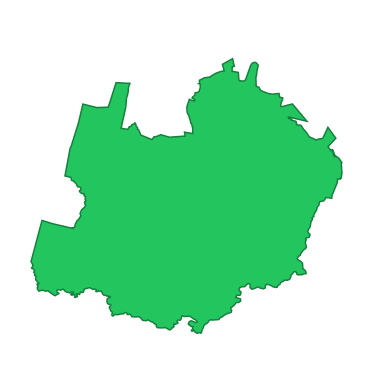 Cuerámaro, Guanajuato, Mexico (Robinson projection), rotated 102°
{"feature_id": "50627088B14851817270077", "entity_name": "Cuerámaro", "entity_type": "district", "adm_level": 2, "iso_a3": "MEX", "parent_name": "Mexico", "parent_adm1": "Guanajuato", "projection": "robinson", "projection_center": [-101.651, 20.615], "detail": "fine", "context": "isolated", "style": "filled", "palette": "green", "viewbox_px": 384, "rotation_deg": 102, "n_neighbors": 0, "source": "geoboundaries", "source_scale": "gbopen_adm2", "svg_char_len": 6001}
<svg xmlns="http://www.w3.org/2000/svg" viewBox="0 0 384 384"><g transform="rotate(102 192 192)"><path d="M53.1,180.0L60.8,188.8L66.8,185.7L68.1,188.9L70.7,193.1L75.0,197.9L75.6,197.9L77.7,203.6L81.2,208.0L83.7,207.2L84.6,208.0L84.7,206.5L88.2,205.6L91.9,206.0L93.0,206.5L94.3,209.5L96.4,209.4L98.5,210.5L98.9,211.2L99.5,211.4L100.1,211.4L100.7,209.3L101.5,208.2L102.6,208.9L101.9,213.9L109.4,214.7L111.6,214.4L115.5,213.1L116.6,212.3L117.1,211.5L123.9,207.8L124.4,207.8L126.4,206.0L128.3,205.3L128.3,204.8L134.7,203.5L135.0,211.8L138.7,210.3L143.1,225.5L142.4,234.4L145.1,238.3L145.9,240.6L149.1,242.1L146.9,253.9L142.4,257.0L142.2,258.2L140.8,258.4L138.6,260.6L136.5,261.6L136.3,262.2L137.6,262.9L137.9,263.9L139.0,265.0L140.1,265.1L141.2,266.4L141.2,266.9L144.1,267.9L144.4,274.6L123.2,274.4L113.3,275.6L110.7,275.2L106.4,275.3L104.1,275.8L101.0,275.8L99.6,275.2L98.5,275.5L99.0,277.2L100.8,289.0L126.4,291.5L129.2,302.7L128.7,317.0L147.8,317.4L172.4,319.7L174.4,320.3L202.7,319.6L202.9,313.6L205.7,312.2L205.8,310.4L208.2,306.6L209.7,305.9L210.5,305.0L210.7,304.5L210.5,302.5L211.0,301.5L213.0,301.3L214.3,302.3L215.0,302.1L216.1,300.2L216.4,298.8L216.1,297.4L216.3,297.0L217.0,297.1L218.5,296.3L218.9,295.2L219.9,294.9L221.4,295.1L222.9,294.0L224.0,294.9L225.9,294.3L227.1,293.2L229.6,294.2L232.4,296.3L236.1,297.0L236.8,296.8L238.4,295.7L243.3,297.7L243.4,298.3L246.7,299.0L246.8,299.4L250.2,299.5L251.3,300.0L252.0,301.9L252.4,301.5L252.0,321.5L251.0,332.8L293.5,335.0L295.5,333.2L297.0,332.4L298.1,332.4L299.4,333.1L299.8,333.1L300.4,331.1L301.6,329.7L302.3,329.6L303.4,330.2L304.3,328.7L306.2,328.7L306.6,327.6L307.2,327.0L310.2,326.7L311.8,324.9L313.2,322.7L313.7,323.0L313.8,324.0L314.5,324.5L316.1,323.1L317.8,323.5L319.4,322.8L320.7,321.4L320.8,321.0L319.3,318.6L319.1,316.9L319.5,314.3L318.6,312.7L318.6,312.1L319.3,311.0L321.7,305.5L321.8,304.1L320.6,303.0L319.1,301.1L318.5,301.4L318.4,302.9L317.8,303.3L316.0,303.5L315.3,302.2L315.3,299.9L313.9,298.1L313.9,297.5L315.5,295.4L315.9,294.2L316.0,290.6L314.7,288.9L314.5,287.3L315.1,286.8L315.9,287.1L316.6,288.9L317.5,289.2L317.9,288.2L317.0,285.8L317.0,285.3L318.2,284.8L319.2,285.0L319.5,284.4L318.1,282.3L317.2,282.5L316.1,283.7L315.6,283.7L315.3,282.8L315.6,280.7L313.2,280.3L313.0,279.5L313.2,278.5L312.7,277.6L311.1,277.2L309.2,277.3L308.2,274.8L306.9,272.5L307.0,271.2L307.9,268.7L307.2,266.7L307.2,265.8L307.7,265.1L309.1,265.5L309.3,265.2L309.2,264.2L308.2,262.7L308.0,260.5L308.4,259.6L310.8,257.7L311.1,257.1L311.1,254.9L311.5,253.7L311.1,251.2L311.5,250.1L312.1,250.2L312.6,251.6L314.3,252.8L317.7,252.2L318.7,251.3L319.1,249.9L319.0,248.4L319.4,247.9L320.2,248.0L321.4,248.9L322.6,248.7L323.8,247.5L325.2,246.7L326.2,244.9L329.2,244.8L329.7,244.1L329.7,243.4L327.9,242.2L327.4,238.9L326.3,236.9L325.4,233.6L324.0,232.7L323.6,231.9L323.9,230.9L325.0,230.1L325.3,229.2L324.5,227.6L324.7,226.7L326.5,224.9L325.8,220.6L325.1,218.8L325.1,217.8L326.0,215.8L327.8,213.6L327.4,209.9L326.5,208.7L326.2,207.7L327.3,205.6L327.5,203.1L328.7,201.4L329.1,199.4L331.0,198.9L331.9,197.7L331.3,193.6L330.3,190.3L330.3,189.2L331.6,185.3L331.1,184.3L328.5,182.7L327.9,181.9L327.3,181.6L325.5,182.4L324.9,182.4L324.9,181.0L323.3,178.5L322.8,178.6L322.0,179.6L321.1,179.7L320.0,179.0L320.1,177.3L319.2,176.4L315.4,176.1L315.2,175.4L315.4,173.7L313.9,168.4L315.9,163.8L316.3,161.8L318.0,159.9L319.1,161.9L318.8,162.4L318.1,165.5L318.5,166.8L319.4,167.7L321.8,168.2L322.7,167.1L323.1,165.4L323.7,165.1L323.5,163.0L324.2,163.3L326.1,162.6L327.0,163.6L327.9,163.7L328.1,163.1L327.1,160.8L328.3,160.0L329.2,157.7L328.2,156.0L328.0,155.1L328.3,154.1L327.8,153.5L325.7,153.6L322.1,152.7L319.9,152.6L316.8,149.6L313.7,148.2L313.3,147.7L313.0,145.5L311.2,139.2L309.1,138.4L307.9,136.6L304.7,133.8L301.6,128.7L299.7,128.5L297.8,130.0L297.3,130.0L294.2,127.3L291.7,126.2L290.9,125.5L290.3,123.3L288.8,121.9L288.1,121.8L286.8,122.2L286.3,122.9L286.2,127.3L286.0,127.5L284.9,126.9L284.0,126.9L283.7,126.5L283.1,123.8L282.8,123.4L280.8,123.1L279.6,123.3L278.4,125.4L277.8,125.8L275.7,125.4L274.4,123.6L273.6,120.8L270.0,118.3L269.9,117.0L270.5,116.0L271.7,115.5L273.3,115.5L274.5,113.6L274.6,112.7L271.1,107.6L271.1,106.7L271.8,105.5L271.9,102.2L270.9,100.6L270.1,100.4L268.3,100.8L267.2,100.1L266.8,99.6L266.7,96.6L267.9,92.9L268.0,90.3L267.3,88.8L266.0,88.7L263.6,86.6L262.4,86.5L261.3,85.6L260.5,84.2L259.4,83.7L258.7,82.2L258.5,80.4L257.2,78.5L255.8,77.9L252.5,77.7L251.3,76.8L249.0,75.9L248.4,74.2L248.6,73.7L249.4,72.8L250.9,72.1L250.9,70.3L250.5,69.6L250.2,67.5L248.6,65.2L248.3,63.6L247.4,63.5L245.5,64.7L243.7,67.7L238.6,69.1L237.2,71.2L236.1,74.7L235.1,75.2L233.0,74.6L231.2,72.8L230.1,73.0L226.1,71.2L224.9,70.4L224.4,69.6L222.2,68.6L218.0,70.6L217.1,70.8L215.1,70.3L214.9,71.0L214.6,71.0L213.2,70.8L212.0,68.1L210.1,67.6L208.8,67.9L207.4,70.2L206.7,70.6L203.9,70.2L202.6,69.4L201.3,69.2L196.5,69.4L193.7,68.5L192.3,69.1L191.8,68.9L190.8,67.7L189.8,68.1L188.2,67.9L183.6,66.4L180.8,66.4L178.4,65.1L176.2,65.3L174.8,64.9L173.2,61.2L169.6,59.8L169.2,57.4L169.1,54.0L166.1,54.3L152.3,51.8L149.2,52.4L148.5,49.8L148.1,50.0L147.6,49.0L142.7,49.2L133.4,51.8L132.2,51.5L128.4,55.4L126.8,59.2L127.9,60.0L127.1,60.7L126.2,60.5L125.8,62.5L125.8,60.3L122.6,62.4L123.4,63.0L121.4,63.4L121.9,64.9L122.5,65.2L121.7,65.7L119.5,68.4L109.5,62.5L100.5,72.5L112.5,75.3L113.8,78.9L115.4,81.9L114.9,82.8L113.6,88.9L110.8,91.5L108.7,94.2L108.1,94.7L107.9,95.6L104.9,98.4L104.0,99.6L104.7,103.2L103.8,103.4L103.3,104.3L101.8,104.6L101.2,105.2L101.1,109.7L100.4,109.5L99.7,110.1L100.1,112.8L98.5,113.3L98.9,94.3L85.0,112.1L89.9,122.0L89.9,122.8L89.5,123.2L85.9,123.3L82.6,122.6L81.1,122.9L80.9,126.1L77.5,127.4L79.5,133.3L79.8,137.9L78.7,144.8L77.9,146.5L75.6,148.3L75.3,151.2L66.0,153.5L65.4,153.1L60.3,153.6L54.2,153.6L53.2,154.7L52.1,156.5L52.2,157.9L53.3,159.7L54.6,160.5L56.8,161.0L70.7,162.9L71.9,163.4L72.7,164.4L73.3,168.4L72.7,169.3L71.9,169.7L65.4,171.5L65.6,177.9L61.2,178.6L60.3,176.8L53.1,180.0Z" fill="#22c55e" stroke="#15803d" stroke-width="1.5"/></g></svg>